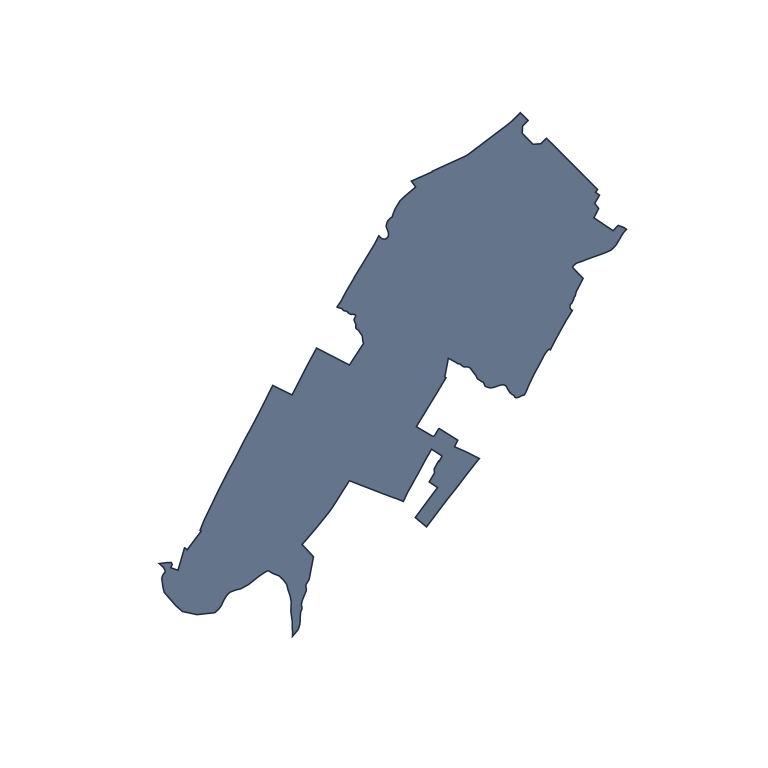 Clinceni, Ilfov, Romania, rotated 337°
{"feature_id": "2599482B71461276901168", "entity_name": "Clinceni", "entity_type": "district", "adm_level": 2, "iso_a3": "ROU", "parent_name": "Romania", "parent_adm1": "Ilfov", "projection": "mercator", "projection_center": [25.929, 44.377], "detail": "fine", "context": "isolated", "style": "filled", "palette": "slate", "viewbox_px": 768, "rotation_deg": 337, "n_neighbors": 0, "source": "geoboundaries", "source_scale": "gbopen_adm2", "svg_char_len": 6147}
<svg xmlns="http://www.w3.org/2000/svg" viewBox="0 0 768 768"><g transform="rotate(337 384 384)"><path d="M106.9,461.4L109.4,466.9L109.6,470.3L109.1,471.4L108.1,472.0L106.7,472.8L105.3,473.9L103.7,475.8L102.8,478.4L101.1,484.8L100.3,490.0L105.7,506.6L109.6,514.7L121.8,523.3L138.9,528.4L143.6,526.8L147.5,524.6L152.4,520.2L157.0,517.0L160.8,515.5L165.0,515.6L168.6,515.9L171.8,516.6L180.9,515.7L188.0,513.7L195.2,511.8L201.5,510.7L202.9,510.6L204.1,510.6L205.1,511.4L206.1,512.9L207.2,514.5L209.4,516.7L212.5,519.7L215.0,525.7L216.1,530.2L215.2,536.1L214.8,542.2L213.5,548.2L209.4,556.9L206.7,566.9L204.0,573.2L202.8,577.1L201.1,580.5L207.0,577.6L209.4,576.2L212.4,572.7L213.2,571.3L213.9,570.1L214.4,569.0L215.1,567.5L215.8,565.9L216.5,564.6L216.9,563.7L217.3,563.0L217.7,562.4L218.3,561.2L219.2,560.3L220.0,559.7L220.5,559.1L221.0,558.1L221.4,557.0L221.5,555.5L221.8,554.6L222.4,553.8L223.6,552.1L225.3,550.2L226.6,549.0L227.9,547.6L230.0,545.6L231.6,544.0L232.6,542.1L233.0,539.6L234.2,537.9L238.7,534.7L251.6,515.5L245.9,499.6L249.1,498.2L250.6,497.5L251.0,497.3L256.0,494.8L259.6,493.0L266.3,489.6L269.1,488.1L273.7,485.7L281.9,481.3L284.6,479.8L288.7,477.2L291.4,475.4L297.3,471.3L300.0,469.4L305.3,465.7L308.6,463.5L313.8,459.9L314.5,459.6L321.8,466.8L341.2,485.6L342.2,486.5L347.8,491.9L350.9,494.6L355.9,499.7L360.3,495.8L364.4,492.2L369.1,488.7L372.5,486.0L376.1,483.1L378.8,481.1L388.0,473.7L393.4,469.4L402.3,462.6L407.7,470.6L409.2,473.1L404.5,476.8L404.1,476.2L396.9,481.8L395.8,485.5L387.3,491.8L392.8,500.3L388.6,502.7L383.1,505.9L378.7,508.5L373.6,511.5L362.2,518.2L360.6,519.1L367.3,532.2L380.6,524.5L383.5,522.8L390.5,518.8L393.9,516.9L397.3,514.9L401.0,512.9L403.8,511.4L408.6,508.8L414.7,505.4L423.1,500.5L425.3,499.3L436.0,493.4L436.9,492.9L438.6,492.0L441.8,490.3L442.7,489.9L433.0,478.4L424.4,469.3L430.0,464.6L417.4,446.5L416.5,446.8L414.4,448.3L411.7,450.3L410.6,451.1L410.2,451.4L409.3,451.4L408.5,451.3L406.9,449.2L403.8,444.9L400.5,440.6L398.2,437.4L397.1,436.0L407.0,428.8L407.8,428.4L409.0,427.5L411.0,426.0L412.2,425.2L412.8,424.7L413.6,424.1L414.4,423.5L415.0,423.1L415.3,422.9L415.8,422.5L416.5,422.0L416.9,421.7L417.5,421.3L418.2,420.8L418.8,420.4L419.2,420.0L420.4,419.2L422.0,418.1L422.7,417.6L423.5,417.0L423.8,416.8L424.8,416.1L425.4,415.7L426.4,414.9L427.0,414.5L427.9,413.9L428.7,413.3L429.5,412.7L437.3,407.0L438.7,406.0L439.4,405.5L440.4,404.7L441.1,404.3L441.7,403.8L443.5,402.5L442.7,401.3L451.5,388.2L452.6,386.5L453.2,385.5L454.0,386.3L458.9,392.6L459.8,394.1L461.9,395.5L462.7,397.2L464.3,399.6L467.4,400.8L468.5,401.6L469.3,402.6L469.9,404.4L471.2,409.9L471.9,412.0L471.9,414.9L472.3,416.2L472.8,417.0L473.5,417.8L474.3,419.0L475.0,420.1L475.8,420.8L476.2,422.2L476.1,425.0L477.0,426.4L478.4,427.8L480.6,429.3L483.6,430.0L489.8,430.4L492.0,430.8L493.8,431.5L495.5,433.4L495.8,434.4L495.7,436.7L496.2,439.1L496.5,441.1L497.9,443.7L499.1,445.3L499.4,447.4L500.0,448.2L501.6,448.7L503.4,448.8L505.2,448.7L506.3,448.5L508.4,449.0L509.1,448.8L511.8,446.7L515.6,442.9L519.0,439.8L526.3,433.4L527.9,432.1L531.6,429.2L535.3,426.3L539.5,422.8L542.0,420.7L543.5,419.6L545.3,418.4L546.9,417.4L547.8,417.0L549.7,416.4L550.5,417.6L555.0,413.8L561.2,408.7L561.5,408.5L569.9,401.8L572.9,399.6L576.6,396.6L579.7,394.5L586.3,389.8L586.0,389.6L585.5,389.5L585.0,386.7L585.0,385.9L586.8,383.5L588.1,383.2L591.6,380.2L592.9,378.4L594.4,377.7L597.0,374.2L602.1,370.0L608.1,365.0L608.6,364.6L606.4,359.0L604.0,352.6L603.2,350.4L604.5,349.2L608.1,348.0L609.5,348.1L610.1,348.1L613.0,348.4L615.6,348.5L615.9,348.5L618.2,348.5L619.9,348.6L623.9,348.8L627.5,349.0L634.5,349.4L639.4,349.6L640.4,349.6L644.9,349.5L647.9,348.6L651.9,346.8L654.0,345.3L654.9,344.6L658.8,341.8L659.1,341.5L659.7,341.0L663.6,338.3L667.7,336.3L665.9,333.6L661.6,329.5L659.7,330.2L654.8,332.4L647.6,321.4L642.2,313.0L644.8,310.9L650.2,306.3L648.6,300.0L656.2,294.4L654.0,290.8L653.5,290.2L656.6,288.5L643.6,255.9L640.2,247.6L634.3,232.7L632.6,228.5L629.5,221.2L624.4,223.2L623.1,223.8L622.4,223.9L621.9,224.0L615.8,221.9L614.8,221.4L609.2,207.3L612.4,200.7L619.7,197.7L615.5,187.5L615.0,187.7L613.1,188.5L608.8,190.2L606.8,191.0L604.5,191.9L602.9,192.5L600.6,193.1L598.1,193.8L595.0,194.6L592.4,195.2L589.8,195.9L586.3,196.7L579.3,198.5L572.6,200.2L569.0,201.1L564.0,202.4L561.6,202.9L559.4,203.5L557.1,204.1L552.1,205.3L551.3,205.5L550.1,205.8L549.2,205.9L548.1,206.0L546.2,206.1L534.7,206.4L529.9,206.5L522.4,206.7L511.5,207.0L511.4,207.5L501.1,207.7L498.0,207.7L491.7,207.8L488.4,207.9L488.5,208.2L490.1,215.0L487.3,215.9L482.2,217.5L476.4,219.3L470.3,221.6L467.6,223.5L462.8,227.0L458.8,231.0L457.1,233.0L456.8,233.5L456.3,233.5L455.3,233.6L453.1,234.4L451.4,235.2L450.0,236.3L448.5,238.3L447.5,239.8L447.3,245.2L446.9,247.3L445.5,249.9L443.9,250.7L441.9,251.0L440.6,250.6L439.4,249.9L438.2,248.3L437.2,245.5L430.0,251.5L422.4,256.9L418.4,259.8L415.1,262.2L412.3,264.2L409.1,266.5L407.7,267.4L398.8,273.8L396.7,275.6L390.9,279.8L385.8,283.6L378.5,289.5L377.6,290.3L377.4,290.4L376.0,291.5L374.7,292.2L372.7,293.5L370.8,294.8L371.7,295.8L372.1,296.1L373.2,297.0L374.5,298.1L374.9,298.9L375.4,300.5L376.1,301.3L376.7,301.5L378.0,302.3L378.5,303.1L378.7,304.4L379.7,305.9L381.0,307.2L382.4,307.6L383.3,308.0L384.2,308.7L384.4,309.3L384.4,310.0L384.3,310.5L383.9,311.1L383.1,311.6L381.9,312.5L381.5,313.0L381.4,314.1L381.4,315.5L381.3,317.2L381.3,318.2L380.1,320.8L380.0,321.6L380.2,322.7L380.8,323.4L381.4,324.4L382.3,329.0L382.8,331.0L382.6,332.0L382.1,333.4L381.6,335.0L381.3,336.2L381.1,337.1L381.2,338.5L359.6,353.0L336.0,324.6L325.4,333.0L316.9,339.9L311.6,344.4L298.5,355.3L295.1,358.1L294.9,357.9L281.0,341.8L277.5,344.8L275.5,346.5L270.7,350.6L270.0,351.3L265.6,354.9L264.8,355.6L257.6,361.7L250.3,367.7L239.9,376.2L239.5,376.3L231.6,382.7L225.5,387.9L220.9,391.8L217.7,394.5L214.3,397.2L208.9,401.4L204.6,405.0L199.1,409.6L191.6,415.9L190.2,417.1L189.0,418.1L187.8,419.2L185.5,421.2L178.3,427.6L166.7,437.7L164.5,439.7L159.7,444.6L157.5,446.8L158.2,448.0L138.0,459.7L136.5,456.8L136.3,456.9L121.6,474.9L115.9,469.8L118.5,467.5L118.5,465.2L114.2,463.5L108.9,462.0L106.9,461.4Z" fill="#64748b" stroke="#1e293b" stroke-width="1.5"/></g></svg>